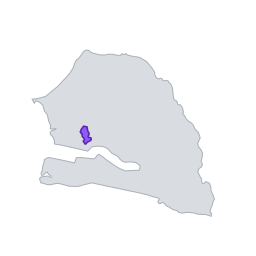 Birkelane, Kaffrine, Senegal shown in context, rotated 12°
{"feature_id": "50182788B56779252201559", "entity_name": "Birkelane", "entity_type": "district", "adm_level": 2, "iso_a3": "SEN", "parent_name": "Senegal", "parent_adm1": "Kaffrine", "projection": "orthographic", "projection_center": [-15.66, 14.036], "detail": "fine", "context": "in_parent", "style": "filled", "palette": "violet", "viewbox_px": 256, "rotation_deg": 12, "n_neighbors": 0, "source": "geoboundaries", "source_scale": "gbopen_adm2", "svg_char_len": 5303}
<svg xmlns="http://www.w3.org/2000/svg" viewBox="0 0 256 256"><g transform="rotate(12 128 128)"><path d="M197.6,117.4L200.7,122.7L200.0,125.3L199.4,129.1L201.2,131.8L203.2,133.5L204.7,135.1L206.3,137.4L206.6,141.9L206.4,145.1L207.4,146.5L208.3,148.4L208.2,149.9L207.6,151.3L205.7,153.1L205.4,156.5L208.6,160.5L210.7,162.7L210.7,164.0L211.3,165.4L212.8,167.0L213.7,166.6L214.7,165.2L215.1,164.3L217.9,164.7L219.1,165.1L220.9,167.7L221.6,169.5L222.0,171.7L223.9,174.4L225.5,176.3L225.9,177.6L227.3,179.2L226.5,182.9L226.6,184.8L225.7,189.7L225.6,192.0L225.6,192.9L227.8,194.6L227.6,197.1L225.4,196.7L221.6,196.5L214.0,197.9L211.4,197.4L206.4,197.7L202.9,198.4L198.4,200.1L194.8,199.8L192.9,198.5L190.4,198.6L187.6,198.0L184.6,196.8L181.8,196.2L178.9,194.0L177.5,193.6L176.5,194.2L175.7,195.0L174.9,195.4L173.2,195.0L172.6,193.5L173.1,192.0L173.3,190.9L172.5,190.3L170.7,190.1L167.8,190.1L163.1,189.7L162.0,189.4L151.5,189.1L140.6,189.2L131.3,189.2L119.6,189.2L111.4,189.2L103.8,189.2L97.8,192.2L91.4,195.5L82.8,197.2L72.9,196.6L69.7,197.0L66.4,198.5L64.0,199.6L60.6,200.2L56.2,199.6L54.4,199.9L53.3,198.4L52.0,196.0L52.8,194.2L55.5,193.1L59.6,191.6L61.7,192.4L63.0,192.4L63.2,191.5L62.8,191.0L59.7,189.7L58.2,187.9L56.8,188.9L55.7,191.0L54.8,191.7L53.4,192.3L52.6,190.8L52.3,189.4L52.9,188.4L52.6,182.3L53.0,179.1L52.8,176.3L54.7,174.4L56.6,173.3L63.6,173.2L70.2,173.1L76.5,173.2L83.0,173.3L83.7,167.7L85.7,167.2L88.7,166.6L94.4,166.0L100.8,165.3L102.1,164.2L103.2,162.3L103.8,160.6L105.2,159.9L106.9,160.5L109.3,161.4L111.7,162.7L114.4,164.0L116.3,164.8L120.7,166.7L128.3,169.4L134.5,170.5L142.0,168.4L147.5,167.1L148.1,164.7L147.3,162.3L143.2,160.2L137.7,160.5L136.0,161.1L133.5,161.8L131.9,162.1L129.3,161.6L126.0,159.8L124.0,157.9L121.1,157.0L117.6,156.1L112.1,152.3L109.2,151.6L106.5,151.4L101.3,152.2L96.2,154.3L93.5,159.0L88.4,158.9L77.6,158.7L67.6,158.6L59.4,158.9L58.6,155.5L56.7,152.7L53.5,150.4L52.8,148.3L53.9,146.4L57.0,144.8L57.7,143.7L56.1,143.9L53.6,144.9L52.0,144.9L51.9,142.0L49.2,138.1L46.2,131.6L42.8,128.9L40.0,123.6L37.0,121.6L34.3,120.6L32.0,120.8L31.1,123.2L28.2,119.7L32.2,118.5L40.7,114.3L50.6,101.9L59.4,87.3L60.6,83.8L61.7,81.2L62.4,75.2L63.7,71.6L64.8,70.9L66.3,68.2L68.1,63.4L70.2,60.8L72.4,60.2L74.2,60.5L75.4,61.5L79.1,62.1L85.2,62.3L89.9,61.6L93.2,59.9L97.6,59.1L103.0,59.1L105.9,58.3L106.2,57.0L106.9,56.6L108.0,57.1L109.0,56.9L110.0,55.9L111.0,55.8L112.0,56.7L116.6,56.9L124.6,56.5L132.1,59.0L139.0,64.4L142.6,67.9L142.8,69.7L144.0,71.5L146.0,73.3L147.9,73.6L149.6,72.5L150.9,72.6L151.9,74.0L153.9,74.3L156.1,73.4L157.6,73.7L157.9,74.5L158.3,74.9L159.3,75.1L160.8,76.2L162.8,79.0L164.4,83.0L165.8,88.1L167.4,90.8L169.5,91.3L170.7,92.3L171.0,93.5L171.6,94.3L172.6,94.8L174.3,94.5L176.4,96.2L178.6,99.9L179.0,101.6L178.6,102.5L178.8,103.2L180.2,103.8L181.6,105.0L182.8,106.9L185.2,108.5L189.0,109.9L191.7,112.0L193.4,114.8L196.8,117.2L197.6,117.4Z" fill="#d9dde1" stroke="#a8b0b8" stroke-width="1"/><path d="M90.9,150.9L91.0,150.8L91.0,150.7L91.1,150.4L91.2,150.2L91.3,150.1L91.4,149.9L91.5,149.8L91.7,149.7L91.8,149.7L92.0,149.6L92.3,149.5L92.4,149.4L92.5,149.4L92.6,149.2L92.8,149.0L92.9,148.9L93.2,148.7L93.5,148.5L93.6,148.4L93.8,148.2L94.0,148.1L94.0,147.9L94.1,147.7L94.1,147.4L94.2,147.2L94.4,147.1L94.5,147.0L94.5,146.9L94.4,146.7L94.3,146.4L94.2,146.4L94.2,146.2L94.0,145.9L93.9,145.9L93.8,145.7L93.7,145.5L93.7,145.4L93.6,145.2L93.4,145.2L93.2,145.2L92.9,145.3L92.7,145.3L92.4,145.4L92.2,145.4L91.9,145.4L91.7,145.3L91.4,145.3L91.3,145.2L91.2,145.2L90.9,145.0L90.8,144.8L90.8,144.7L90.7,144.4L90.8,144.1L90.8,143.8L90.9,143.6L91.0,143.4L91.1,143.1L91.2,142.9L91.2,142.7L91.3,142.4L91.2,142.2L91.1,141.9L91.1,141.7L90.9,141.3L90.9,141.2L90.8,140.9L90.7,140.9L90.6,140.7L90.4,140.5L90.3,140.4L90.2,140.4L90.0,140.2L89.9,140.0L89.8,139.9L89.7,139.8L89.6,139.7L89.4,139.4L89.3,139.2L89.2,139.0L89.2,138.9L89.1,138.7L89.0,138.4L88.9,138.3L88.8,138.2L88.7,137.9L88.6,137.7L88.5,137.3L88.4,137.3L88.4,137.1L88.3,136.9L88.2,136.7L88.1,136.4L88.0,136.2L87.9,136.0L87.9,135.9L87.8,135.7L87.7,135.4L84.2,135.4L84.1,135.5L84.0,135.8L83.9,135.9L83.9,136.0L83.8,136.3L83.7,136.5L83.6,136.8L83.5,137.0L83.4,137.2L83.4,137.3L83.2,137.5L83.1,137.8L83.0,138.1L82.9,138.2L82.9,138.3L82.8,138.5L82.7,138.7L82.7,138.8L82.6,139.0L82.5,139.3L82.4,139.4L82.4,139.5L82.5,139.7L82.5,139.8L82.4,140.0L82.4,140.3L82.4,140.5L82.5,140.7L82.5,140.9L82.5,141.1L82.5,141.3L82.4,141.3L82.2,141.4L82.1,141.5L82.3,141.7L82.3,141.8L82.4,142.1L82.5,142.3L82.7,142.5L82.8,142.6L83.0,142.7L83.1,142.8L83.3,142.9L83.4,143.0L83.5,143.1L83.8,143.3L84.0,143.3L84.3,143.4L84.5,143.4L84.5,143.7L84.5,144.1L84.5,144.4L84.6,144.5L84.7,145.0L84.7,145.3L84.9,145.5L85.0,145.7L85.2,145.9L85.5,146.2L85.9,146.5L86.2,146.6L86.4,146.7L86.6,146.9L86.9,147.1L87.2,147.2L87.4,147.4L87.6,147.7L87.7,147.9L87.9,148.1L87.9,148.4L87.7,148.8L87.5,149.1L87.4,149.3L87.2,149.4L87.1,149.5L87.0,149.8L87.1,150.0L87.1,150.3L87.2,150.5L87.3,150.7L87.3,150.8L87.5,150.9L87.7,151.0L87.8,151.0L88.0,151.1L88.1,151.3L88.3,151.4L88.3,151.5L88.5,151.6L88.6,151.8L88.7,152.0L88.8,152.1L89.0,152.2L89.0,152.3L89.2,152.5L89.3,152.5L89.5,152.6L89.8,152.6L89.9,152.4L90.1,152.1L90.3,152.0L90.3,151.9L90.4,151.7L90.5,151.5L90.6,151.4L90.7,151.2L90.8,151.1L90.9,150.9L90.9,150.9Z" fill="#8b5cf6" stroke="#5b21b6" stroke-width="1.5"/></g></svg>